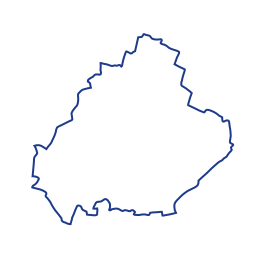 outline of Tan An, Long An, Vietnam, rotated 173°
{"feature_id": "81297802B36271966780528", "entity_name": "Tan An", "entity_type": "district", "adm_level": 2, "iso_a3": "VNM", "parent_name": "Vietnam", "parent_adm1": "Long An", "projection": "albers", "projection_center": [106.404, 10.526], "detail": "fine", "context": "isolated", "style": "outline", "palette": "blue", "viewbox_px": 256, "rotation_deg": 173, "n_neighbors": 0, "source": "geoboundaries", "source_scale": "gbopen_adm2", "svg_char_len": 4824}
<svg xmlns="http://www.w3.org/2000/svg" viewBox="0 0 256 256"><g transform="rotate(173 128 128)"><path d="M223.0,121.7L222.5,120.6L221.8,118.4L221.5,116.6L221.2,114.6L221.2,114.3L221.5,113.5L222.1,112.8L222.7,112.3L224.4,110.5L225.0,109.0L225.6,105.5L227.3,97.5L228.1,93.8L228.6,91.7L227.1,91.5L225.1,90.8L223.7,90.0L222.8,89.1L222.7,88.5L223.0,87.7L223.7,86.9L224.9,85.1L226.8,83.5L229.4,82.2L229.8,81.8L230.3,80.9L230.2,80.6L227.3,79.5L222.5,77.6L220.1,76.3L217.7,74.5L217.1,73.6L217.0,72.8L217.2,72.3L218.0,71.0L218.0,70.4L217.9,70.0L216.0,67.3L214.3,64.3L212.9,60.6L211.4,57.3L210.2,55.0L207.8,51.2L205.2,46.8L205.0,45.8L205.1,44.5L204.5,43.5L203.6,42.6L202.0,41.9L199.9,40.6L198.5,40.0L196.8,39.6L196.7,39.6L196.3,40.9L195.2,43.3L194.2,46.1L192.5,48.8L190.0,53.5L188.6,55.8L188.0,56.7L187.4,57.1L186.8,57.1L186.3,57.0L186.2,57.0L184.9,56.4L184.2,55.7L183.8,54.5L183.4,53.1L182.9,52.3L182.0,51.7L180.6,50.8L179.5,50.1L179.3,49.7L179.3,49.0L179.3,47.8L179.2,47.0L177.6,46.6L175.0,46.1L174.1,45.8L171.5,45.4L170.4,45.4L169.6,45.6L169.2,46.1L168.9,47.8L168.4,50.0L168.4,51.9L170.1,51.9L171.5,52.0L172.2,52.3L171.8,53.4L170.9,54.8L169.0,57.6L167.9,58.3L166.9,58.4L164.7,58.3L163.3,58.5L162.6,58.8L160.6,59.9L159.5,60.2L158.5,60.1L157.1,58.9L156.0,57.0L155.8,56.4L155.2,55.1L155.2,53.8L155.5,51.9L155.9,50.4L156.5,49.6L156.6,48.8L156.1,48.5L155.2,48.6L154.0,49.3L152.1,49.5L150.2,49.5L148.5,49.3L146.7,48.4L144.8,46.9L143.8,46.4L142.7,46.3L141.7,46.8L140.8,46.8L139.4,46.4L137.8,45.7L137.3,45.4L136.1,45.2L135.2,45.6L134.5,46.0L133.9,45.9L133.0,45.7L132.2,45.0L131.5,44.1L131.3,43.7L132.4,42.3L132.7,41.6L132.2,41.2L131.5,40.9L130.3,40.7L127.8,40.3L125.4,40.4L124.0,40.4L122.0,40.2L118.8,39.2L117.9,39.1L117.4,39.5L117.0,40.0L116.4,41.1L114.1,41.2L109.9,40.9L106.2,40.8L104.7,40.7L104.5,38.3L104.4,36.9L102.9,36.8L100.4,37.0L96.6,37.2L93.2,37.6L90.7,37.9L91.6,40.8L91.6,42.5L91.6,44.5L91.1,46.8L90.2,48.3L88.8,49.8L84.2,53.5L81.4,55.5L78.8,57.0L76.7,58.1L74.9,58.8L72.6,59.6L70.0,60.5L68.9,60.9L67.1,61.8L65.8,62.8L65.0,64.3L64.7,65.2L64.4,67.2L63.7,67.7L60.8,69.8L55.3,73.6L49.6,78.0L45.8,80.6L42.4,82.9L40.7,83.7L39.2,84.2L38.0,84.9L37.0,85.8L36.1,86.4L34.9,86.9L33.6,87.6L32.5,88.9L31.2,90.4L30.1,91.4L28.5,92.7L27.7,93.7L27.9,94.1L28.0,94.6L28.1,95.1L28.1,96.1L27.9,96.4L27.6,96.8L27.1,97.1L26.2,97.7L25.7,98.4L25.7,98.6L25.9,99.0L26.4,99.4L28.0,100.5L28.4,100.9L28.5,101.4L28.5,102.0L28.2,103.4L27.5,105.7L27.0,107.6L26.8,110.6L26.7,113.7L26.9,117.3L26.9,119.8L26.9,120.4L26.9,121.1L26.9,121.8L27.0,122.1L27.2,122.7L27.6,123.1L28.1,123.4L28.8,123.4L29.4,123.5L30.3,123.3L31.6,122.8L32.3,122.7L32.6,122.8L33.1,123.0L33.3,123.4L33.3,124.0L33.4,124.6L33.4,125.7L33.3,126.4L33.2,127.1L34.5,128.1L35.5,128.7L36.3,129.4L38.1,131.3L40.6,133.3L42.6,134.5L44.4,135.5L46.4,136.3L47.5,136.4L48.8,135.9L49.6,134.9L49.9,134.6L50.3,134.3L51.0,134.3L51.4,134.6L55.2,136.7L59.9,139.8L64.8,142.9L65.5,143.4L65.3,144.4L62.7,150.5L61.0,153.9L60.5,154.9L61.9,156.6L65.8,160.4L69.3,163.2L69.8,164.1L69.8,164.9L69.5,166.7L68.7,168.5L67.6,171.7L66.4,174.4L64.8,177.9L64.6,178.9L64.5,179.2L65.5,179.9L69.6,182.5L74.0,185.6L70.8,192.0L68.3,195.8L68.0,197.1L68.6,197.8L70.3,198.8L73.3,200.2L75.6,201.3L77.7,202.7L78.5,203.6L79.8,204.9L81.4,206.1L83.2,206.8L84.7,207.6L85.2,208.3L85.2,208.5L85.1,208.8L84.7,209.3L83.8,210.8L84.0,211.7L84.6,212.1L86.1,212.1L89.0,212.3L91.1,212.8L93.1,213.7L94.1,214.9L94.5,215.8L95.1,216.6L95.7,217.1L97.1,217.6L99.1,218.3L100.5,219.2L101.0,219.2L103.0,216.9L103.5,216.7L106.8,216.8L111.6,203.4L113.7,202.7L114.7,201.9L115.2,201.6L116.4,201.7L118.2,203.0L120.0,204.1L120.5,204.1L121.2,203.1L123.2,199.0L124.4,196.2L125.5,193.1L126.0,191.3L126.6,190.1L127.1,189.8L127.5,190.1L127.8,190.9L128.2,191.3L128.6,191.5L129.6,191.5L130.4,191.4L131.2,191.2L131.7,191.2L132.3,191.4L133.3,191.7L134.0,191.7L134.8,191.6L135.4,191.5L136.3,191.5L136.8,191.6L138.3,192.3L141.4,193.8L144.3,194.7L146.9,195.8L147.3,195.8L147.5,193.2L147.8,191.4L148.0,189.9L148.3,188.8L148.1,187.4L148.0,186.5L148.4,185.0L149.0,184.5L149.6,184.4L151.2,184.8L153.6,185.1L154.4,184.8L155.2,184.3L156.1,183.5L157.4,182.8L159.4,182.0L161.0,181.1L161.8,180.4L162.1,179.7L162.1,178.9L161.2,178.2L160.4,177.2L160.2,176.6L160.2,175.2L159.9,172.5L163.3,172.3L167.6,171.7L169.1,171.2L170.3,170.5L173.2,168.1L173.4,167.6L173.6,166.7L173.7,165.5L173.8,163.4L174.1,161.4L174.9,158.5L175.6,157.0L176.2,156.2L178.2,154.5L180.9,151.7L182.0,150.0L182.3,149.2L182.3,148.2L182.2,146.4L182.2,144.4L182.2,143.4L182.5,143.0L183.2,142.5L184.5,142.2L188.2,140.9L193.3,139.1L196.6,138.0L197.5,137.6L198.1,137.3L198.8,136.4L199.5,135.0L200.1,133.1L201.0,131.0L202.5,128.3L204.2,125.6L206.1,122.6L207.4,121.2L209.3,119.5L210.3,118.5L211.6,117.0L213.8,118.9L216.2,120.8L217.8,121.6L219.3,121.9L221.3,122.0L223.0,121.7Z" fill="none" stroke="#1e3a8a" stroke-width="2"/></g></svg>